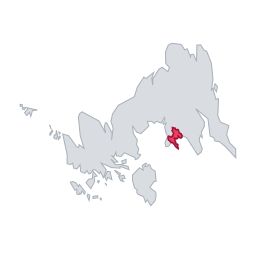 United Kingdom, with Gwynedd highlighted, rotated 264°
{"feature_id": "GBR-2130", "entity_name": "Gwynedd", "entity_type": "Unitary Authority (wales)", "adm_level": 1, "iso_a3": "GBR", "parent_name": "United Kingdom", "parent_adm1": "", "projection": "equal_earth", "projection_center": [-4.085, 52.896], "detail": "fine", "context": "in_parent", "style": "filled", "palette": "rose", "viewbox_px": 256, "rotation_deg": 264, "n_neighbors": 0, "source": "natural_earth", "source_scale": "10m", "svg_char_len": 5604}
<svg xmlns="http://www.w3.org/2000/svg" viewBox="0 0 256 256"><g transform="rotate(264 128 128)"><path d="M140.1,197.4L126.1,204.6L121.7,204.1L116.3,200.5L110.7,200.9L113.0,199.1L108.2,197.4L99.8,199.7L96.1,198.1L93.9,194.5L112.1,185.4L114.8,181.0L113.2,179.6L112.9,173.4L103.4,175.6L110.2,168.7L118.3,165.4L125.3,164.6L129.0,166.4L127.9,163.7L129.5,163.0L131.9,165.5L134.6,165.4L129.5,161.3L131.7,156.9L129.8,154.7L132.1,152.3L132.6,148.0L127.8,149.0L121.0,140.3L123.0,136.2L129.8,132.7L121.6,132.8L115.1,136.0L110.4,134.8L106.2,136.5L101.5,134.8L100.0,137.9L96.4,134.5L95.8,132.0L97.7,132.0L103.8,121.9L100.4,118.1L101.5,113.6L105.3,113.4L101.2,111.3L101.9,109.2L95.3,114.4L95.2,111.0L98.8,107.7L92.7,111.9L92.6,116.7L89.8,124.1L86.5,124.6L90.7,116.1L88.9,115.9L90.4,107.4L95.9,97.7L88.6,102.0L81.1,98.4L87.4,95.9L85.4,94.9L89.7,91.1L90.2,88.7L86.6,85.9L86.5,84.2L89.9,82.7L87.4,80.4L89.6,76.4L96.5,76.4L92.6,72.9L93.8,69.8L98.9,69.3L97.7,67.1L98.8,63.7L107.8,64.7L128.9,62.4L126.5,68.2L114.6,75.0L113.9,77.0L116.6,77.6L112.3,82.1L125.4,79.7L144.2,79.8L147.5,81.5L148.9,84.1L137.9,100.0L125.3,105.2L131.9,104.6L135.6,106.1L135.3,107.4L124.5,111.7L117.8,110.4L129.4,113.2L136.5,111.7L143.6,114.1L151.5,120.6L158.5,137.6L167.6,141.5L177.1,149.2L175.3,151.1L180.6,159.4L174.4,156.8L168.1,157.1L174.0,157.7L183.3,164.9L184.8,168.4L179.9,173.6L183.8,175.5L188.2,172.3L199.7,173.2L206.1,176.6L207.7,180.2L205.6,189.6L199.8,192.6L200.6,195.2L192.2,197.6L194.6,198.4L194.5,200.9L187.0,203.1L203.3,205.2L203.1,209.0L197.4,211.8L196.1,214.3L183.8,217.7L167.5,217.6L157.0,214.9L158.4,216.5L147.0,218.5L148.1,220.5L146.9,221.0L131.0,218.6L124.3,220.4L119.8,228.6L111.3,225.4L102.5,227.6L96.0,232.9L87.1,232.1L99.8,222.5L104.9,217.4L105.9,213.2L109.6,212.2L111.4,208.8L128.7,208.5L140.1,197.4ZM82.1,150.5L72.1,150.4L72.1,148.3L66.5,143.5L61.3,148.9L56.8,148.7L52.8,147.3L48.3,142.5L54.6,139.7L52.2,137.7L58.0,136.3L60.9,131.2L63.4,129.9L65.3,130.8L67.8,128.2L75.3,127.0L80.7,127.5L87.2,135.3L84.5,138.8L89.3,138.4L91.0,141.6L90.8,142.8L87.8,140.6L88.0,143.9L89.6,144.2L88.8,146.1L85.3,146.8L82.1,150.5ZM80.6,67.5L78.6,70.7L75.0,72.5L77.0,73.8L68.7,78.9L66.7,77.7L70.3,75.7L67.2,74.2L68.4,73.3L66.8,72.4L67.8,70.1L72.4,70.7L71.7,68.6L80.1,64.9L80.6,67.5ZM81.2,83.5L81.3,87.1L88.5,88.8L83.5,92.2L82.8,89.3L78.3,89.2L71.6,84.7L77.9,80.5L81.2,83.5ZM154.1,26.7L157.2,30.1L158.8,29.6L155.3,39.8L155.3,34.8L149.7,32.5L154.0,31.6L151.0,28.7L154.1,26.7ZM86.6,105.6L78.2,106.6L81.0,102.8L78.1,101.3L81.6,99.8L86.9,102.8L86.6,105.6ZM109.4,163.2L113.7,165.5L108.5,168.9L105.6,166.4L105.3,163.8L109.4,163.2ZM80.9,113.6L81.5,118.9L78.1,119.9L78.2,116.5L75.2,118.1L76.4,115.1L80.9,113.6ZM128.9,53.9L128.6,55.6L133.3,56.5L127.2,57.2L124.3,55.4L125.9,53.1L128.9,53.9ZM97.0,122.9L93.4,122.3L92.8,118.7L95.8,118.2L97.0,122.9ZM162.9,219.2L159.9,221.3L154.7,219.7L158.8,217.5L162.9,219.2ZM83.4,115.8L81.8,114.3L87.3,110.0L86.2,112.1L83.4,115.8ZM64.8,80.2L66.5,81.2L65.1,83.0L60.0,81.7L64.8,80.2ZM63.8,90.9L61.8,90.6L61.5,85.8L63.7,86.0L63.8,90.9ZM158.9,28.4L157.0,26.8L158.1,24.7L159.6,25.3L158.9,28.4ZM133.8,52.3L132.5,52.8L128.9,49.8L130.0,49.4L133.8,52.3ZM127.2,59.5L125.5,59.7L123.7,57.4L125.6,57.5L127.2,59.5ZM162.8,23.1L162.1,25.4L160.7,25.1L160.7,23.1L162.8,23.1ZM138.4,50.8L134.8,51.5L138.7,50.3L138.4,50.8ZM78.9,93.7L77.9,93.9L76.5,92.7L78.3,92.1L78.9,93.7ZM131.3,58.9L130.1,60.2L129.2,59.0L131.3,58.9ZM74.9,100.2L72.7,100.8L75.6,99.4L74.9,100.2ZM61.2,93.7L59.8,94.0L59.2,93.6L60.6,92.7L61.2,93.7Z" fill="#d9dde1" stroke="#a8b0b8" stroke-width="1"/><path d="M115.4,180.8L115.4,180.7L114.9,180.7L114.1,180.9L113.6,180.9L113.4,180.8L112.6,180.0L112.5,179.7L112.5,179.2L112.8,178.7L113.1,178.3L113.4,178.1L113.5,178.1L113.5,177.8L113.6,177.7L113.8,177.6L114.5,177.3L114.7,177.0L114.3,177.1L114.0,177.3L113.7,177.3L112.5,176.1L112.2,175.7L112.1,175.3L112.4,175.2L112.6,175.1L112.6,174.8L112.4,174.5L112.4,174.3L112.4,174.0L112.4,173.9L112.5,173.8L113.5,173.3L113.3,173.3L113.3,173.2L113.2,173.1L113.1,173.3L112.9,173.4L112.7,173.4L112.6,173.1L112.2,173.4L111.7,173.4L110.8,173.3L109.6,173.6L109.4,173.7L109.0,173.8L107.9,173.8L107.6,174.0L107.3,174.2L106.7,174.7L106.8,174.7L106.8,174.8L106.5,174.9L106.4,175.2L106.4,175.4L106.6,175.6L106.4,175.8L106.2,175.9L105.9,175.9L105.7,175.7L105.4,175.6L105.1,175.4L104.9,175.4L104.7,175.4L104.6,175.5L104.4,175.6L104.0,175.7L103.1,175.6L102.8,175.8L102.6,176.0L102.4,176.0L102.1,175.9L102.3,175.7L102.4,175.4L102.6,175.1L104.9,173.1L105.1,173.0L105.4,173.0L105.7,172.9L106.0,172.8L107.3,172.0L107.6,171.6L108.7,171.1L108.8,170.8L108.9,170.4L108.9,169.6L109.0,169.4L109.2,169.5L109.3,169.6L109.4,169.4L109.6,169.2L110.2,168.5L110.4,168.4L110.7,168.3L110.9,168.1L111.3,167.6L111.6,167.3L112.0,167.0L112.5,166.9L113.0,166.9L113.3,167.0L113.6,166.9L114.0,166.8L114.3,166.7L114.5,166.6L115.7,167.6L115.3,168.5L114.9,169.0L114.4,169.4L114.4,169.6L114.4,169.9L114.6,170.1L114.9,170.4L115.0,170.7L115.0,171.0L114.8,171.3L114.8,171.5L115.0,171.7L115.4,171.7L115.7,171.6L116.0,171.5L116.3,171.6L116.4,171.9L116.8,172.4L117.4,172.8L117.9,172.9L118.3,172.7L119.0,172.4L119.6,172.0L119.8,171.9L120.9,171.5L121.1,171.6L121.1,172.0L121.5,172.4L122.3,172.3L122.7,172.4L123.2,172.1L123.3,172.1L123.8,172.2L123.6,172.5L123.0,173.0L123.1,173.3L123.3,173.4L123.4,173.5L123.1,173.8L123.1,174.5L123.0,174.8L122.7,175.0L122.1,175.0L121.3,175.3L121.2,175.5L121.0,176.0L121.3,176.4L121.4,177.1L121.0,177.8L119.9,178.0L119.4,178.2L118.9,178.2L118.3,178.4L117.8,178.3L117.2,178.9L117.3,179.2L117.1,179.8L116.5,180.3L115.9,180.4L115.7,180.7L115.4,180.8Z" fill="#f43f5e" stroke="#9f1239" stroke-width="1.5"/></g></svg>